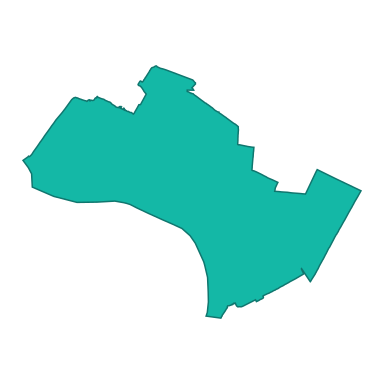 Gruia, Romania
{"feature_id": "2599482B53836836172440", "entity_name": "Gruia", "entity_type": "district", "adm_level": 2, "iso_a3": "ROU", "parent_name": "Romania", "parent_adm1": "", "projection": "albers", "projection_center": [22.687, 44.297], "detail": "fine", "context": "isolated", "style": "filled", "palette": "teal", "viewbox_px": 384, "rotation_deg": 0, "n_neighbors": 0, "source": "geoboundaries", "source_scale": "gbopen_adm2", "svg_char_len": 5831}
<svg xmlns="http://www.w3.org/2000/svg" viewBox="0 0 384 384"><path d="M192.3,79.8L166.0,69.9L162.9,68.9L160.4,68.3L159.8,68.0L159.3,67.8L158.1,67.2L157.5,67.0L157.2,66.9L157.1,66.6L156.5,66.0L156.2,65.9L155.8,66.0L155.6,66.0L154.3,66.7L153.9,67.1L151.9,67.7L151.7,67.9L151.1,68.6L150.9,68.8L150.3,69.9L150.0,70.4L149.7,70.6L149.5,71.3L147.7,74.1L147.2,74.9L145.8,77.1L145.3,77.6L145.2,78.0L144.4,79.3L144.0,79.6L143.8,80.2L142.9,81.5L142.5,81.9L142.1,82.0L141.0,81.2L140.5,81.0L140.4,81.0L140.1,81.2L139.7,81.7L138.1,84.3L138.1,84.6L138.1,84.8L138.3,85.1L138.9,85.6L140.1,86.0L140.5,86.3L141.4,87.3L142.1,88.2L142.6,89.0L143.4,90.2L143.7,90.9L144.5,92.0L146.2,94.1L140.5,104.6L138.9,104.7L137.4,107.5L134.4,112.7L134.1,113.4L133.3,114.1L132.0,113.0L131.3,112.5L130.8,112.4L130.2,112.5L129.7,112.4L128.9,111.7L128.3,111.4L127.7,111.5L126.9,111.2L126.5,110.7L125.0,110.4L124.6,110.2L124.5,109.9L124.7,109.7L124.9,109.6L124.5,109.2L124.3,109.1L124.2,108.8L124.2,108.4L123.9,108.2L123.6,108.2L123.3,108.9L123.4,109.3L123.5,109.6L122.6,109.2L121.9,108.8L120.2,108.2L119.9,107.7L120.1,107.4L120.4,107.1L120.7,107.1L120.4,107.4L120.5,107.7L120.8,107.8L121.4,107.1L121.5,106.9L121.0,106.5L120.7,106.7L120.4,106.7L120.2,106.6L119.9,106.8L119.7,106.6L119.4,106.6L119.1,106.9L119.1,107.2L118.9,107.5L118.7,107.6L118.2,107.6L117.5,107.4L116.9,107.4L116.2,107.0L115.6,106.8L115.4,106.6L115.0,106.0L113.3,105.0L112.0,104.2L110.9,102.9L109.9,102.1L108.3,101.7L107.9,101.5L106.7,100.9L106.0,100.7L105.7,100.5L105.3,100.2L104.8,100.1L104.0,99.4L103.7,99.2L102.7,99.1L102.1,98.8L101.3,98.6L98.5,97.5L97.6,96.9L97.4,96.5L97.2,96.5L96.9,96.8L97.0,97.1L96.6,97.9L96.3,97.8L96.1,97.9L95.8,97.8L95.3,98.1L95.0,98.4L94.5,99.3L93.8,100.2L92.9,100.5L92.5,100.5L91.1,100.2L90.7,100.4L90.5,100.6L90.2,100.8L90.1,100.7L89.8,100.7L89.9,100.3L90.1,100.2L89.9,99.9L89.7,99.8L89.2,99.8L88.9,99.9L89.0,100.1L88.4,100.1L87.9,100.4L87.2,101.2L86.9,101.4L86.4,101.0L85.9,100.8L85.1,100.7L81.9,99.7L81.0,99.3L80.2,99.1L79.2,98.7L78.7,98.6L78.0,98.1L77.5,97.9L77.0,98.0L75.7,97.4L75.1,97.4L74.2,97.9L73.7,97.9L71.7,99.6L65.0,108.9L64.2,109.9L62.3,112.4L55.9,120.0L54.0,122.8L51.5,126.1L50.1,128.2L44.6,135.8L42.9,138.4L40.9,141.2L40.4,141.8L39.6,143.0L37.3,146.4L33.6,151.5L32.3,153.6L31.6,154.6L30.1,156.1L29.5,156.5L29.4,156.6L28.8,156.4L28.6,156.2L28.5,156.3L28.3,156.4L28.2,156.7L23.0,160.4L28.3,167.6L31.6,173.8L32.3,187.1L53.8,196.4L77.0,202.4L97.1,202.1L114.8,201.1L116.5,201.4L123.9,202.7L126.7,203.4L130.2,204.5L136.6,207.8L149.1,213.7L162.6,219.8L172.2,224.0L182.0,228.5L184.1,230.4L190.1,235.7L195.3,243.2L203.7,261.7L203.9,262.3L204.8,265.6L207.5,277.1L207.6,278.0L208.1,289.4L208.2,291.9L208.4,302.1L208.3,302.9L207.3,312.5L206.1,316.1L220.8,318.1L221.2,317.8L221.3,317.1L222.2,315.8L222.2,315.3L222.4,314.9L222.8,314.5L225.3,310.8L226.2,309.2L227.4,307.6L227.2,307.0L227.6,305.9L229.2,305.7L232.5,304.6L232.8,304.5L232.9,304.3L232.7,304.2L233.0,304.1L233.1,303.8L233.3,303.6L233.4,303.9L233.6,303.8L233.9,303.5L234.0,303.5L234.4,303.6L234.5,303.5L234.6,303.4L234.7,303.1L235.2,303.0L235.4,303.2L235.6,303.8L235.8,304.4L236.0,304.6L236.1,304.9L236.3,305.5L236.8,306.1L237.7,306.8L238.0,306.9L238.9,306.7L241.3,306.8L242.0,306.5L242.5,306.4L255.5,299.8L256.4,301.6L258.8,300.5L259.1,300.3L259.4,300.1L259.9,299.7L261.6,299.0L262.9,298.3L263.4,297.6L263.4,297.4L263.4,297.0L263.0,296.4L263.0,296.0L263.1,295.9L263.7,295.5L265.1,294.8L265.3,294.8L266.8,294.0L269.4,293.0L270.3,292.4L272.1,291.6L273.7,290.6L275.3,290.0L275.9,289.5L276.8,289.0L277.5,288.9L280.5,286.9L282.9,285.8L284.2,285.0L284.7,284.6L286.4,283.8L287.0,283.4L288.8,282.5L289.4,282.0L290.5,281.4L295.8,278.6L297.6,277.5L298.0,277.3L299.5,276.4L301.6,275.2L302.3,274.8L303.1,274.3L303.7,273.9L303.6,273.7L301.4,269.0L301.4,268.8L301.5,268.6L301.7,268.8L303.0,270.7L303.5,271.5L310.0,281.3L310.3,281.7L310.5,281.5L311.8,279.3L315.4,273.7L315.4,273.3L316.0,272.5L317.2,270.1L317.6,269.6L318.6,267.6L319.4,265.8L319.9,265.0L320.0,264.7L321.6,261.9L322.6,260.0L323.1,259.3L324.7,256.2L325.5,254.5L325.9,254.0L328.4,248.9L329.1,247.7L329.5,247.3L333.6,239.5L333.8,239.1L334.8,237.1L335.4,236.1L336.1,234.8L336.5,234.4L336.8,234.0L337.1,233.3L337.9,232.1L338.5,231.0L338.9,230.0L339.4,229.1L340.6,227.2L343.8,221.4L344.3,220.7L348.8,212.4L349.9,210.5L350.7,209.0L351.6,207.6L352.6,205.6L353.3,204.5L354.5,202.1L358.0,196.2L358.3,195.6L361.0,190.8L336.1,178.9L317.2,169.6L316.1,171.7L306.6,191.7L305.5,194.0L302.5,193.8L301.1,193.6L297.4,193.3L291.9,192.9L288.3,192.4L287.7,192.3L284.5,192.1L281.4,191.9L279.1,191.6L274.7,191.3L275.0,189.7L275.4,187.6L275.6,187.3L277.3,183.6L277.9,182.4L272.4,179.8L269.5,178.6L267.5,177.7L265.8,176.6L264.8,176.2L261.5,174.4L256.6,172.0L253.8,170.8L252.7,170.6L252.3,170.4L251.9,170.1L252.2,167.2L252.2,166.1L252.4,164.1L252.9,158.2L253.1,157.0L253.3,153.6L253.4,152.9L253.4,152.2L253.6,151.3L253.8,148.3L253.9,147.6L253.9,147.3L252.3,147.2L247.7,146.5L246.5,146.2L246.0,146.1L244.9,145.9L239.6,144.8L238.3,144.8L237.9,144.5L237.7,144.4L237.8,141.8L237.9,140.5L237.9,138.5L238.0,136.8L238.0,136.0L238.0,135.5L238.1,134.2L238.2,133.4L238.2,132.6L238.4,130.3L238.4,129.3L238.2,127.8L238.3,126.8L238.2,126.6L235.5,124.3L233.8,123.4L233.4,123.1L230.1,120.7L227.3,118.6L226.5,118.1L226.3,117.8L225.7,117.3L224.8,116.8L220.8,113.9L220.2,113.6L219.0,112.7L219.0,112.1L217.9,111.9L217.3,111.7L214.7,110.1L212.5,108.0L211.7,107.4L210.5,106.6L210.2,106.3L207.4,104.3L206.8,104.0L206.2,103.4L205.9,103.2L205.2,103.0L204.5,102.5L203.7,101.8L202.0,100.6L195.8,95.9L195.2,95.6L193.6,94.3L193.2,93.8L192.9,93.7L191.8,93.5L191.3,93.5L191.2,93.5L191.1,93.1L190.0,92.8L188.8,92.0L187.2,91.5L187.2,90.1L193.7,90.2L193.3,89.3L191.9,87.9L192.5,87.2L195.5,83.9L195.3,83.2L195.4,82.8L194.6,82.2L193.2,80.4L192.7,80.0L192.3,79.8Z" fill="#14b8a6" stroke="#0f766e" stroke-width="1.5"/></svg>